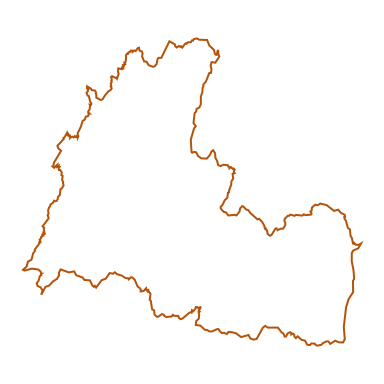 outline of San Juan Nepomuceno, Bolívar, Colombia
{"feature_id": "7082276B34881548257448", "entity_name": "San Juan Nepomuceno", "entity_type": "district", "adm_level": 2, "iso_a3": "COL", "parent_name": "Colombia", "parent_adm1": "Bolívar", "projection": "equal_earth", "projection_center": [-75.086, 9.989], "detail": "fine", "context": "isolated", "style": "outline", "palette": "amber", "viewbox_px": 384, "rotation_deg": 0, "n_neighbors": 0, "source": "geoboundaries", "source_scale": "gbopen_adm2", "svg_char_len": 5832}
<svg xmlns="http://www.w3.org/2000/svg" viewBox="0 0 384 384"><path d="M169.4,41.3L161.3,57.9L158.4,57.9L157.6,59.1L156.6,64.1L154.4,66.5L153.1,66.8L148.7,65.2L146.5,61.7L144.1,61.4L142.1,56.4L142.6,53.4L141.9,51.5L139.5,50.6L139.0,47.7L137.7,48.1L135.7,51.1L134.3,50.5L132.8,51.7L132.9,50.7L130.7,50.6L130.4,51.7L129.3,51.9L128.1,53.6L127.8,53.1L126.1,54.9L125.8,61.2L125.2,62.5L124.4,62.5L125.2,64.2L123.2,64.8L124.0,65.9L123.3,66.6L123.4,68.5L122.6,68.5L122.7,66.5L121.6,68.1L122.1,68.3L121.8,69.2L118.2,68.4L118.0,72.0L118.7,73.7L117.0,78.6L116.4,77.5L115.5,77.9L112.0,76.2L111.0,77.1L111.7,78.6L111.7,81.2L112.3,81.7L111.4,81.3L111.6,82.5L110.7,83.7L111.3,85.8L110.7,86.3L111.7,88.2L110.7,90.0L108.2,91.5L105.6,94.6L102.5,99.3L100.7,100.0L96.3,97.6L96.3,94.6L95.7,93.5L96.1,92.6L95.0,90.6L91.7,90.0L91.0,88.7L87.1,86.3L87.0,88.4L88.4,89.1L87.8,89.5L88.0,91.0L86.5,92.8L87.6,95.6L88.8,96.0L90.3,102.1L91.4,103.3L91.1,104.7L89.7,104.6L90.1,105.4L89.6,109.4L88.2,111.5L88.2,112.4L89.6,113.6L88.5,113.6L88.5,115.4L88.0,116.2L85.8,116.6L84.7,119.7L82.7,120.8L80.7,127.1L77.9,132.7L77.6,134.2L78.4,136.1L77.6,138.0L77.4,137.0L76.4,137.0L76.5,136.2L75.5,136.6L75.7,137.5L74.7,136.2L73.7,137.4L72.2,136.6L70.7,137.4L70.3,136.4L69.8,137.5L69.5,136.0L68.4,135.7L68.8,134.9L68.2,133.7L67.5,134.0L67.3,133.4L67.1,134.3L66.6,133.6L64.4,137.5L63.5,137.8L63.7,139.0L57.4,145.8L58.3,148.4L61.1,150.8L53.8,162.9L53.5,166.0L52.5,166.4L54.2,167.8L57.4,164.7L57.2,166.8L58.6,165.9L58.4,166.7L59.5,166.9L58.7,167.8L58.9,170.0L60.2,170.0L61.8,172.5L61.3,175.0L62.7,176.0L62.1,179.8L63.2,182.0L62.9,182.8L63.6,185.3L61.7,188.6L60.5,189.1L59.8,195.0L57.9,197.0L57.8,198.9L56.7,200.9L55.0,201.3L54.1,200.7L53.0,202.8L50.4,204.6L50.1,206.4L49.1,207.3L48.1,210.3L48.5,213.7L47.6,215.2L48.7,218.3L42.6,226.3L44.2,227.7L43.7,229.0L44.8,233.9L44.1,234.4L43.3,233.5L43.3,235.3L42.3,234.8L42.1,236.5L41.2,236.8L40.8,238.6L39.7,239.6L40.4,241.4L39.8,241.8L39.7,241.0L39.5,241.8L40.0,242.4L39.2,242.5L39.2,243.8L34.8,249.5L34.9,250.9L33.1,253.4L31.5,259.7L28.0,261.6L26.6,266.6L23.0,269.8L24.6,270.6L32.0,268.6L38.5,269.6L40.7,271.7L41.1,273.7L41.7,273.7L41.0,274.3L41.2,275.3L39.8,276.1L38.5,280.9L36.7,283.2L37.5,285.9L40.5,287.3L42.2,289.7L42.4,291.3L41.4,294.0L41.3,294.7L45.5,286.9L49.2,285.5L53.2,281.2L57.0,278.9L59.1,275.2L58.8,273.0L60.6,269.4L68.8,272.4L74.2,271.4L76.2,275.2L82.6,277.5L84.3,279.9L90.0,280.4L92.2,285.3L93.8,286.8L94.8,285.8L96.1,287.6L101.5,280.3L105.9,278.6L109.6,273.1L113.2,273.7L114.8,272.3L117.0,274.2L122.1,275.7L125.5,278.1L128.2,278.3L128.8,279.4L131.0,277.2L132.1,277.4L134.7,279.7L137.6,286.5L139.9,288.2L140.8,289.6L140.7,291.4L143.8,290.9L146.1,288.2L146.7,290.4L148.2,290.0L148.2,291.8L148.8,291.5L150.5,293.9L149.7,299.7L150.8,300.8L152.1,309.3L154.1,310.4L154.5,314.6L156.5,316.5L157.9,316.9L161.9,314.1L163.9,314.8L164.3,315.9L166.2,317.0L171.6,316.5L172.9,314.8L174.3,315.9L178.2,315.9L179.0,318.0L180.7,319.2L182.6,318.5L189.1,312.9L191.1,312.0L191.6,312.5L192.0,310.3L193.3,311.3L195.4,308.7L195.9,307.0L197.5,307.2L198.5,308.5L200.1,307.1L200.6,307.3L200.4,308.1L198.6,311.0L198.6,311.7L199.6,311.8L198.8,313.1L199.2,314.6L198.8,318.6L196.2,321.2L195.8,325.0L200.3,325.6L204.9,329.8L207.2,330.0L209.2,331.4L212.1,331.4L217.6,328.9L218.7,329.3L219.4,330.9L222.0,333.2L224.0,332.8L226.9,334.0L228.5,331.9L231.7,332.2L236.1,333.3L241.1,337.1L248.5,335.0L250.3,338.4L253.6,339.6L256.6,339.0L262.9,327.6L265.3,325.9L267.8,327.6L277.9,327.6L281.6,332.4L283.4,333.6L284.7,336.6L286.1,336.5L287.5,333.5L290.0,332.2L291.1,332.8L291.3,334.5L292.9,333.6L294.3,334.8L294.4,336.5L295.9,338.1L297.6,336.3L301.7,339.9L305.0,340.6L307.2,344.7L310.0,345.1L311.3,343.5L314.6,343.6L316.1,345.3L317.9,345.6L321.5,344.7L322.9,343.1L326.8,341.3L328.3,341.4L330.2,343.9L335.2,340.7L338.9,342.3L343.0,342.5L344.8,339.2L343.8,327.0L346.1,307.1L348.7,299.0L353.1,292.1L353.0,280.8L354.2,278.9L353.5,270.3L351.7,261.1L351.8,253.1L353.1,250.6L358.3,248.3L361.0,243.5L359.0,244.7L356.0,244.8L354.3,243.1L354.3,244.0L353.0,243.6L351.9,238.2L350.5,235.6L349.9,229.4L347.8,227.8L346.0,220.9L344.4,218.4L344.3,216.9L345.1,216.8L344.7,214.8L340.8,212.8L338.2,209.7L334.1,210.9L326.6,205.1L320.4,203.6L317.8,205.2L315.2,204.7L311.9,207.6L311.6,210.7L310.4,211.4L311.6,213.7L311.0,214.6L305.3,215.2L303.9,214.3L302.3,215.6L296.0,214.9L294.6,215.8L290.3,214.6L289.2,215.8L287.9,215.7L284.8,218.7L284.3,220.7L285.3,222.9L285.2,225.4L283.1,228.7L280.5,228.7L277.6,230.2L276.7,228.4L275.5,228.5L271.6,234.8L269.9,235.8L267.6,233.9L267.0,230.4L265.2,229.0L265.7,228.3L264.6,227.6L264.4,225.9L262.0,221.7L259.2,218.8L257.5,219.4L250.3,213.0L248.4,210.2L246.2,209.5L243.2,206.4L242.3,206.1L240.1,208.4L239.5,211.7L236.4,215.4L234.5,214.8L228.4,215.5L225.9,212.4L223.7,211.8L221.8,209.9L220.7,208.1L220.7,206.8L222.5,204.9L224.8,200.1L227.2,198.0L228.0,192.7L229.0,192.4L229.2,189.9L231.2,184.9L231.4,181.4L233.2,178.6L232.6,173.9L234.6,173.1L233.7,172.2L234.6,169.5L234.0,168.9L233.7,169.8L231.0,167.1L229.5,168.3L229.4,167.0L228.3,166.6L227.9,165.3L223.7,164.7L220.5,166.1L218.2,165.1L217.0,160.5L215.4,158.0L215.1,153.2L213.1,150.2L211.6,151.3L209.8,155.2L206.8,158.6L201.4,158.4L198.0,156.0L196.2,152.3L194.0,151.9L192.2,152.7L191.5,151.9L190.8,139.6L194.0,128.5L195.8,126.2L193.5,123.1L194.6,113.2L196.1,111.6L196.6,108.9L199.3,107.5L200.8,104.3L200.9,96.5L202.4,91.9L202.6,87.7L203.4,86.3L203.2,84.9L206.1,81.1L209.2,73.1L210.9,73.0L211.5,69.6L210.6,65.5L211.6,62.1L215.3,62.7L218.8,57.4L219.2,56.4L218.2,53.2L218.3,51.0L217.7,50.7L216.6,54.9L215.7,54.7L214.8,53.6L214.1,50.0L209.3,45.5L207.1,40.0L199.2,39.7L196.9,38.4L193.7,39.2L193.0,40.6L191.9,40.4L190.9,42.2L187.7,42.4L186.6,43.7L186.1,43.2L184.8,44.1L182.3,47.6L181.0,46.2L180.3,46.9L179.0,46.0L176.7,47.5L175.2,46.1L174.9,44.4L169.4,41.3Z" fill="none" stroke="#b45309" stroke-width="2"/></svg>